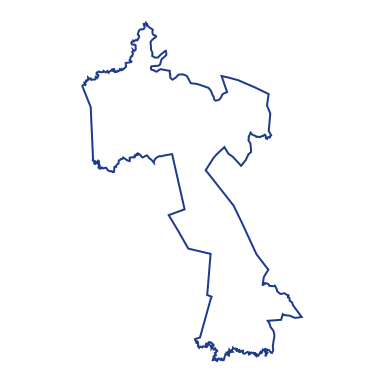 outline of Mariscala de Juárez, Oaxaca, Mexico
{"feature_id": "50627088B44259809604887", "entity_name": "Mariscala de Juárez", "entity_type": "district", "adm_level": 2, "iso_a3": "MEX", "parent_name": "Mexico", "parent_adm1": "Oaxaca", "projection": "natural_earth1", "projection_center": [-98.113, 17.821], "detail": "fine", "context": "isolated", "style": "outline", "palette": "blue", "viewbox_px": 384, "rotation_deg": 0, "n_neighbors": 0, "source": "geoboundaries", "source_scale": "gbopen_adm2", "svg_char_len": 5905}
<svg xmlns="http://www.w3.org/2000/svg" viewBox="0 0 384 384"><path d="M93.0,158.1L92.8,160.1L93.3,160.1L94.4,163.6L95.0,163.8L94.8,161.6L95.1,161.2L95.6,161.5L95.7,162.7L97.5,163.5L97.6,161.6L98.2,160.6L98.7,160.8L99.1,162.9L98.6,164.7L99.7,165.1L99.8,166.4L98.7,166.6L98.4,167.6L100.1,168.8L102.0,167.5L102.7,168.4L106.0,167.7L107.9,170.2L109.6,171.2L111.7,171.1L112.4,172.1L113.7,171.9L114.0,172.7L114.4,167.0L116.1,166.9L116.1,165.8L117.4,164.1L118.5,163.6L118.8,160.5L120.0,160.0L121.0,158.9L122.4,158.9L123.2,157.5L127.5,160.5L129.7,161.1L129.9,159.7L129.6,157.9L130.9,157.3L134.6,157.4L134.9,157.0L134.5,156.6L134.7,155.3L136.2,155.1L136.3,155.6L136.7,153.9L137.2,153.9L137.4,155.0L137.8,154.8L138.0,153.5L139.2,154.0L140.9,155.6L141.8,157.1L143.1,157.4L145.0,156.1L147.1,155.4L149.4,158.4L151.2,159.5L153.9,162.7L153.8,161.7L154.8,159.6L156.3,157.8L159.1,156.2L161.6,156.3L163.6,155.6L172.1,154.1L184.6,209.3L168.7,215.1L177.9,230.4L188.3,248.6L210.6,253.9L207.2,295.0L211.6,296.7L210.8,298.7L200.0,337.5L195.0,339.1L195.6,341.0L196.8,341.2L196.3,342.8L196.8,343.0L197.7,342.0L198.0,342.2L198.1,344.3L198.3,344.9L197.9,346.2L198.6,346.8L199.2,347.8L200.1,346.7L200.7,346.7L202.1,347.4L202.6,347.1L203.1,346.3L206.5,347.1L207.1,346.7L207.3,345.4L206.1,345.2L205.7,344.8L206.3,343.5L207.3,343.4L208.0,345.3L208.8,344.7L209.3,343.9L208.8,342.7L209.2,342.0L211.2,342.6L213.4,344.7L213.7,345.2L213.6,345.7L212.0,346.6L211.7,346.7L211.2,345.6L210.6,345.7L210.8,346.9L211.5,347.8L211.5,348.5L212.1,347.7L212.4,347.6L213.5,348.7L213.6,349.3L214.9,348.4L215.1,349.5L216.0,349.5L217.1,350.5L217.2,350.9L216.2,351.3L216.1,352.3L214.9,353.0L215.6,354.1L215.3,354.6L215.9,355.3L215.4,355.7L214.5,355.5L214.2,356.2L213.6,356.5L214.1,357.5L213.3,358.3L212.8,360.1L214.3,359.8L215.2,358.3L215.6,358.5L215.8,360.1L217.0,361.0L217.8,360.1L217.8,359.0L218.3,358.5L220.0,358.8L220.3,359.6L220.8,359.9L221.6,358.7L222.1,359.0L222.6,360.2L223.6,360.2L224.3,358.7L224.3,357.5L225.5,355.1L225.3,354.5L226.0,354.4L226.4,354.1L226.2,353.5L226.4,352.7L227.7,353.1L228.2,355.3L228.9,355.6L229.3,352.3L229.1,352.0L228.3,352.2L228.2,351.6L229.4,351.1L229.4,349.7L230.0,350.3L229.9,352.4L230.4,352.2L230.5,351.3L231.7,351.9L232.6,351.8L231.7,350.9L231.6,350.2L233.0,349.0L233.0,347.8L234.3,348.8L235.6,348.5L237.1,349.0L237.2,349.4L236.3,350.4L236.7,350.9L237.9,350.8L239.2,350.1L239.4,351.2L239.1,351.8L239.6,352.1L240.7,351.8L241.2,350.8L243.1,350.7L242.8,352.8L244.0,353.7L244.8,353.6L247.6,351.9L248.7,352.6L248.9,354.4L249.4,354.2L249.7,353.0L250.3,353.7L251.3,352.5L252.0,352.9L253.2,352.8L253.6,353.6L254.5,353.0L255.3,353.1L255.5,353.6L255.0,354.7L256.6,356.4L257.2,355.8L256.8,354.3L258.5,355.5L260.7,351.5L261.1,351.5L260.7,353.2L261.1,353.3L261.5,353.0L262.2,352.0L262.7,349.8L263.2,350.3L265.2,348.9L265.5,348.9L265.5,349.4L265.0,351.3L265.1,351.9L266.1,352.6L265.6,354.8L265.6,355.7L265.9,355.7L266.7,353.6L267.5,352.8L266.5,351.4L266.6,350.5L267.4,349.6L269.1,350.2L271.0,352.7L271.9,352.9L271.9,352.5L272.9,351.3L273.2,350.4L272.8,346.3L273.8,339.5L274.3,337.8L274.3,334.0L273.7,331.7L273.0,330.2L270.5,327.0L269.8,324.1L267.8,320.8L281.1,319.8L282.8,314.2L283.8,315.0L289.2,315.6L291.2,316.2L292.4,317.0L295.4,317.9L301.7,317.0L293.3,305.7L291.9,302.2L289.7,300.8L289.5,298.2L289.1,297.7L287.9,297.4L287.9,296.2L288.6,295.7L288.4,295.2L286.8,294.8L284.8,293.4L284.0,293.3L280.9,294.0L279.9,293.6L277.1,291.2L277.0,289.8L274.9,285.6L273.7,286.2L269.4,285.9L268.8,284.5L267.6,283.7L265.3,283.1L264.4,283.2L264.6,284.1L263.1,284.8L262.5,285.6L263.9,276.9L268.3,269.7L256.5,254.3L241.4,221.7L233.5,205.5L205.7,170.2L213.6,157.8L216.5,154.5L224.4,147.1L228.4,153.7L232.9,156.9L241.1,165.8L245.7,160.1L248.4,154.4L251.1,151.9L250.8,147.2L250.4,143.6L248.4,140.1L248.8,138.5L248.6,137.1L250.6,132.6L252.5,134.8L255.8,136.1L256.4,137.0L257.8,136.6L259.7,137.2L262.2,136.0L262.9,136.1L264.5,134.7L265.1,134.8L265.7,135.9L265.8,138.0L266.2,138.5L267.0,138.9L267.4,137.8L268.0,137.2L268.5,137.1L269.2,137.6L269.9,137.4L270.0,136.4L271.2,135.4L268.7,130.9L270.3,113.6L267.0,105.4L268.6,94.0L255.1,87.5L238.2,80.2L227.1,77.2L221.6,76.1L227.1,92.1L224.3,93.2L223.1,93.9L221.9,95.2L221.4,96.9L219.3,99.6L217.6,100.3L215.7,100.6L214.5,99.9L213.9,98.5L213.6,96.5L212.6,95.4L212.2,93.8L210.5,90.2L208.4,87.8L197.3,84.0L190.8,83.2L187.0,76.2L185.9,75.5L182.8,74.4L178.6,74.6L175.6,77.7L172.5,79.7L170.4,77.9L170.0,74.4L170.3,74.1L169.6,72.2L169.8,70.9L160.7,69.2L159.4,69.7L156.8,71.6L155.1,71.3L154.1,70.4L151.6,69.8L151.0,68.9L151.0,67.0L151.6,66.3L158.5,65.7L160.0,64.6L161.5,59.4L166.2,55.2L166.3,52.9L165.8,50.8L165.2,51.0L160.6,54.7L158.3,57.2L157.5,57.6L155.0,57.6L152.1,55.9L152.5,54.5L152.4,52.8L151.1,49.7L150.6,41.9L151.6,40.5L152.9,39.2L156.1,36.8L155.6,35.5L153.6,35.1L152.6,33.7L152.4,31.8L152.8,29.8L151.5,28.7L149.7,27.8L147.8,25.9L147.2,24.1L146.2,23.0L146.1,24.8L145.2,23.7L143.7,24.0L144.6,27.5L143.8,28.9L142.6,29.3L140.6,29.3L139.3,30.2L138.4,32.2L137.8,34.6L139.1,35.9L139.1,37.0L137.5,40.2L136.9,40.4L136.1,39.9L134.3,41.0L133.5,40.7L133.6,41.5L131.8,41.7L131.3,42.9L132.2,44.6L134.7,44.6L135.6,45.4L135.7,49.6L134.3,50.9L133.1,49.9L133.4,50.7L132.2,52.1L132.9,53.3L132.3,56.0L131.9,56.2L131.6,55.3L131.5,56.5L130.6,57.1L130.5,58.4L129.6,60.1L131.5,61.6L131.2,62.1L125.7,63.0L126.0,66.8L123.1,69.5L121.7,70.1L121.5,69.0L120.8,69.5L119.8,69.2L119.7,70.4L117.8,71.5L117.2,70.9L116.5,71.9L114.8,72.1L114.5,70.8L113.9,71.1L112.4,70.8L114.4,70.0L114.0,69.0L111.9,69.5L111.7,70.3L109.6,71.4L108.5,72.8L107.4,71.0L105.8,72.4L103.6,71.0L103.5,71.8L102.7,72.1L99.7,72.1L99.1,71.5L96.7,72.6L96.5,74.0L98.2,74.8L98.5,75.4L97.4,77.8L96.2,77.6L95.7,75.8L95.8,78.8L95.3,79.4L91.2,79.8L90.6,79.5L90.8,78.6L89.2,78.5L88.1,77.5L88.2,79.8L87.2,80.4L86.4,80.2L86.0,80.6L86.4,81.6L85.1,82.5L84.5,82.5L85.6,84.4L85.2,85.1L83.9,84.5L82.7,85.3L82.3,86.1L90.7,107.0L93.0,158.1Z" fill="none" stroke="#1e3a8a" stroke-width="2"/></svg>